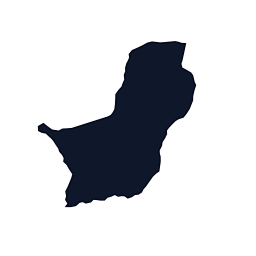 Indiana, São Paulo, Brazil, rotated 233°
{"feature_id": "56859067B42433068505408", "entity_name": "Indiana", "entity_type": "district", "adm_level": 2, "iso_a3": "BRA", "parent_name": "Brazil", "parent_adm1": "São Paulo", "projection": "albers", "projection_center": [-51.261, -22.133], "detail": "fine", "context": "isolated", "style": "filled", "palette": "ink", "viewbox_px": 256, "rotation_deg": 233, "n_neighbors": 0, "source": "geoboundaries", "source_scale": "gbopen_adm2", "svg_char_len": 1548}
<svg xmlns="http://www.w3.org/2000/svg" viewBox="0 0 256 256"><g transform="rotate(233 128 128)"><path d="M102.6,31.5L99.8,35.2L97.7,39.6L98.1,44.5L96.6,47.8L93.6,49.3L91.6,53.9L92.2,57.4L89.7,60.3L87.3,62.6L84.8,65.9L85.4,69.7L83.8,73.9L83.1,77.6L79.5,79.3L78.0,82.4L75.8,84.8L72.4,85.8L71.1,89.7L71.0,93.5L69.1,96.5L68.9,100.2L70.4,103.3L71.2,107.2L73.2,113.3L74.8,118.4L75.4,123.0L75.2,126.6L79.6,131.0L82.0,133.4L85.8,136.2L88.6,137.3L91.6,139.3L93.8,143.9L96.5,146.7L98.0,150.8L100.2,155.1L103.1,157.0L104.2,160.8L104.9,164.8L105.6,170.0L105.3,173.7L103.6,178.6L104.7,182.9L106.7,188.4L111.3,196.0L114.7,198.7L118.9,203.7L121.6,207.6L124.9,208.3L128.2,209.8L131.1,211.0L134.2,211.1L137.7,209.6L140.8,208.3L143.5,207.0L147.6,208.7L150.2,212.3L152.3,214.7L154.4,217.2L157.3,220.5L160.8,224.5L163.0,221.7L166.1,219.6L168.5,217.4L172.9,210.3L174.7,207.4L176.5,204.7L182.0,198.9L183.9,194.5L184.7,189.0L185.8,183.6L187.1,178.0L186.0,173.5L183.1,171.9L181.5,169.2L179.9,165.8L177.2,162.3L174.5,160.5L172.4,157.1L168.4,154.7L166.5,151.2L164.3,147.9L163.5,143.4L161.9,138.6L158.0,135.5L154.2,132.3L150.6,128.8L149.1,125.6L148.1,122.2L148.7,118.6L161.3,82.7L163.4,79.4L166.4,74.9L167.0,70.8L172.0,65.9L177.8,64.1L182.3,63.0L183.0,57.5L179.7,55.2L176.6,56.7L173.2,59.7L169.2,60.3L166.0,61.0L162.4,61.2L157.7,60.8L153.4,60.6L150.3,59.5L146.3,59.8L142.3,59.2L139.8,56.7L135.8,57.5L130.6,56.8L124.2,56.4L121.8,53.2L119.3,49.1L116.6,44.4L114.6,40.3L110.3,38.1L108.1,35.2L103.6,34.8L102.6,31.5Z" fill="#0f172a" stroke="#020617" stroke-width="1.5"/></g></svg>